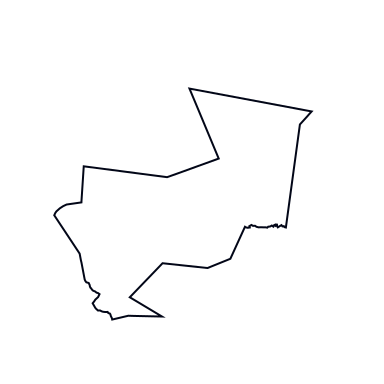 Canavieira, Piauí, Brazil (Natural Earth projection), rotated 237°
{"feature_id": "56859067B30232398883720", "entity_name": "Canavieira", "entity_type": "district", "adm_level": 2, "iso_a3": "BRA", "parent_name": "Brazil", "parent_adm1": "Piauí", "projection": "natural_earth1", "projection_center": [-43.636, -7.584], "detail": "fine", "context": "isolated", "style": "outline", "palette": "ink", "viewbox_px": 384, "rotation_deg": 237, "n_neighbors": 0, "source": "geoboundaries", "source_scale": "gbopen_adm2", "svg_char_len": 1301}
<svg xmlns="http://www.w3.org/2000/svg" viewBox="0 0 384 384"><g transform="rotate(237 192 192)"><path d="M111.1,251.4L189.9,319.3L192.7,330.0L193.5,332.8L194.4,336.2L280.1,246.2L256.9,242.0L205.5,232.6L215.5,189.6L218.0,179.2L237.5,156.3L272.5,115.2L244.9,94.6L243.5,93.6L249.8,80.0L250.3,76.3L250.3,72.3L249.6,67.7L248.8,65.8L247.5,63.8L225.3,64.0L201.5,64.2L195.4,61.7L194.3,61.3L193.1,60.9L177.2,54.4L175.8,54.1L173.8,54.2L172.0,55.8L169.7,55.5L168.3,54.9L167.0,54.7L166.0,55.0L164.8,54.9L163.1,55.3L161.3,56.6L159.6,57.1L158.5,58.1L156.7,58.8L155.0,56.0L154.4,52.3L153.5,50.3L152.8,48.1L151.2,48.0L149.3,47.9L147.8,47.8L146.5,47.9L143.8,48.6L142.8,50.3L140.9,51.4L140.1,52.1L139.2,53.1L138.1,54.6L137.4,55.9L136.0,55.9L134.8,56.9L133.8,56.9L132.3,56.4L129.8,56.1L128.5,55.6L122.9,71.2L119.7,75.8L103.9,99.0L137.6,82.5L138.1,84.7L148.3,128.5L119.8,163.6L115.1,187.8L134.0,217.5L132.9,218.0L131.6,219.3L130.8,221.1L132.1,221.5L132.0,223.9L130.4,224.7L129.3,226.5L127.7,227.1L126.0,228.7L125.3,230.0L124.5,231.2L123.5,232.6L122.3,234.5L121.1,235.7L121.4,237.0L120.5,238.8L120.4,240.7L118.7,241.3L119.5,242.9L119.2,244.4L118.1,243.8L118.0,245.3L116.9,244.7L115.6,244.7L115.6,246.8L115.5,249.0L113.9,249.1L113.4,250.4L112.2,250.4L111.1,251.4Z" fill="none" stroke="#020617" stroke-width="2"/></g></svg>